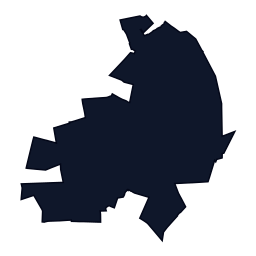 San Miguel de Horcasitas, Sonora, Mexico
{"feature_id": "50627088B58381771022173", "entity_name": "San Miguel de Horcasitas", "entity_type": "district", "adm_level": 2, "iso_a3": "MEX", "parent_name": "Mexico", "parent_adm1": "Sonora", "projection": "equal_earth", "projection_center": [-110.823, 29.475], "detail": "fine", "context": "isolated", "style": "filled", "palette": "ink", "viewbox_px": 256, "rotation_deg": 0, "n_neighbors": 0, "source": "geoboundaries", "source_scale": "gbopen_adm2", "svg_char_len": 3264}
<svg xmlns="http://www.w3.org/2000/svg" viewBox="0 0 256 256"><path d="M165.2,21.5L164.9,22.1L164.4,22.4L164.2,23.3L163.9,24.0L162.7,24.8L162.0,25.3L161.9,25.5L161.7,25.8L161.2,26.0L160.9,26.8L160.6,27.2L160.6,27.4L160.4,27.5L160.2,27.5L159.8,27.4L159.7,27.4L159.4,27.5L159.3,27.4L159.2,27.5L158.7,27.8L157.3,28.4L156.4,29.3L156.1,29.5L154.9,30.1L153.4,30.7L152.2,31.9L148.6,34.4L147.8,34.3L144.4,35.7L143.5,34.3L140.4,29.6L140.8,29.4L141.1,29.3L143.3,32.8L153.1,23.3L146.4,15.4L145.8,16.2L143.7,17.2L141.7,17.0L140.0,16.0L120.1,20.0L122.8,29.5L123.8,29.8L125.6,32.6L126.5,34.1L126.9,35.1L129.8,42.9L129.4,43.7L131.4,49.3L133.0,49.4L133.8,50.1L135.3,51.0L134.3,53.6L134.1,53.5L130.5,52.7L124.4,59.6L109.5,75.4L121.7,80.1L124.1,82.1L133.3,84.5L132.3,89.4L129.7,102.5L127.8,102.1L126.6,101.1L124.7,100.3L122.5,99.5L119.9,98.2L118.6,97.5L116.4,96.2L115.1,95.5L112.3,93.9L111.4,95.9L109.9,96.3L109.1,96.7L107.0,97.4L106.7,97.4L106.6,97.5L102.3,97.8L99.1,98.0L93.6,98.4L92.7,98.5L87.7,98.8L86.7,98.9L85.1,99.0L82.2,99.3L82.3,100.4L82.8,103.7L83.3,106.1L83.7,107.9L84.8,113.4L85.4,117.6L77.2,120.2L74.7,121.0L71.5,121.9L70.3,122.3L70.2,122.5L69.9,122.3L69.9,122.0L69.2,122.1L69.3,123.4L69.1,123.4L68.9,123.4L53.8,128.0L56.4,143.1L54.7,142.6L48.0,140.8L47.0,140.5L44.4,139.9L34.8,137.3L33.8,137.1L33.5,138.5L33.3,138.9L29.7,153.6L27.4,163.1L26.2,168.1L27.2,168.3L35.5,169.1L45.6,170.0L51.6,167.5L53.7,166.7L55.0,166.2L56.7,165.5L57.5,165.2L60.5,164.1L60.7,169.5L63.3,182.4L21.3,183.9L22.2,187.9L21.4,196.9L21.2,199.5L33.8,195.3L38.6,203.6L42.2,209.8L42.6,211.3L42.2,221.9L44.3,222.1L45.6,221.7L47.9,221.2L49.4,221.1L52.3,221.0L57.8,220.8L58.8,220.8L68.1,220.2L68.5,220.2L68.8,220.2L71.2,220.0L71.4,221.3L75.0,221.4L77.4,221.5L79.6,221.6L84.1,221.6L90.7,221.8L96.5,222.0L100.6,222.1L100.5,214.1L100.1,211.0L103.8,210.9L106.2,210.8L105.8,209.5L105.7,208.6L106.0,207.5L107.4,206.5L108.6,205.8L108.9,205.8L109.2,205.7L110.0,206.0L110.7,206.4L112.2,207.0L114.3,207.8L115.3,204.8L117.6,198.0L122.8,197.1L123.1,196.7L123.4,196.8L124.0,195.6L123.9,195.5L123.9,195.3L123.9,195.2L124.0,195.1L124.4,194.9L124.5,194.7L124.5,194.3L124.4,194.2L124.8,193.3L124.8,193.1L125.5,191.8L126.0,191.4L126.1,191.2L126.6,190.9L126.8,190.5L126.8,190.3L126.8,190.2L127.1,189.9L128.1,190.4L128.2,189.6L130.1,190.6L130.8,191.1L131.4,191.3L131.8,191.4L132.0,191.4L132.5,191.8L133.0,192.2L134.0,192.7L134.3,192.8L134.8,193.1L135.6,193.3L149.0,197.3L139.8,218.2L140.8,218.8L144.0,220.8L145.5,221.8L147.4,223.2L148.6,224.5L150.6,226.9L152.1,228.6L153.7,230.5L162.2,240.6L163.5,232.1L167.1,227.4L172.2,221.7L177.5,215.8L177.5,215.6L177.5,215.3L177.5,215.2L177.4,215.1L177.5,214.9L177.9,214.7L178.1,214.4L178.3,214.2L178.6,213.9L178.7,213.7L178.9,213.6L179.0,213.5L179.1,213.3L179.2,213.1L179.3,213.0L179.3,212.9L179.5,212.7L179.8,212.7L180.1,212.5L180.4,212.5L180.5,212.4L185.6,206.8L181.0,198.0L180.4,197.0L179.2,194.7L178.4,193.2L174.7,183.5L188.8,182.8L193.3,182.6L199.9,182.2L208.0,181.7L209.5,177.1L214.6,160.4L215.7,161.8L216.7,159.4L222.1,157.9L222.2,153.4L223.8,153.2L234.8,131.5L222.1,136.3L221.6,107.2L221.6,103.6L215.4,76.2L202.7,52.0L203.0,51.6L201.8,50.3L195.7,39.0L186.5,31.4L180.2,32.5L178.4,31.3L174.4,28.3L171.1,26.1L165.2,21.5Z" fill="#0f172a" stroke="#020617" stroke-width="1.5"/></svg>